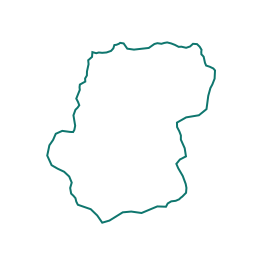 the border of Eskisehir, rotated 284°
{"feature_id": "TUR-2269", "entity_name": "Eskisehir", "entity_type": "Province", "adm_level": 1, "iso_a3": "TUR", "parent_name": "Turkey", "parent_adm1": "", "projection": "orthographic", "projection_center": [31.246, 39.627], "detail": "fine", "context": "isolated", "style": "outline", "palette": "teal", "viewbox_px": 256, "rotation_deg": 284, "n_neighbors": 0, "source": "natural_earth", "source_scale": "10m", "svg_char_len": 1440}
<svg xmlns="http://www.w3.org/2000/svg" viewBox="0 0 256 256"><g transform="rotate(284 128 128)"><path d="M92.2,55.9L98.3,58.2L104.9,59.3L109.3,64.9L110.2,72.9L110.8,75.7L113.2,76.4L117.4,76.2L127.1,72.0L133.0,72.6L135.6,74.2L138.3,75.2L141.2,73.2L144.0,70.7L153.3,72.0L155.9,71.1L158.5,70.8L162.7,75.3L165.7,74.4L169.0,75.4L173.0,74.5L180.4,74.3L184.1,73.0L188.3,75.9L193.0,75.1L192.9,79.1L194.2,81.4L194.7,84.8L196.1,88.9L198.7,92.9L201.7,94.5L205.2,94.7L205.9,96.6L207.5,98.8L208.7,99.8L209.0,103.3L204.8,108.1L205.5,114.8L210.7,128.8L215.9,133.3L217.4,136.0L217.8,140.1L219.3,142.6L220.5,145.3L220.5,149.4L220.0,153.4L219.0,157.5L219.5,159.2L219.8,159.9L219.9,165.0L222.1,168.5L225.4,170.7L226.1,174.7L224.2,177.9L221.7,180.4L219.5,180.7L217.2,181.4L216.4,182.8L215.4,184.2L209.9,186.9L207.5,188.7L207.2,192.6L206.4,196.4L204.9,198.5L196.8,200.1L190.6,199.3L186.7,198.3L178.6,198.1L165.3,199.6L157.5,193.7L152.4,181.9L145.1,174.2L140.8,175.4L137.2,178.6L133.6,181.1L129.5,182.1L122.1,187.9L114.5,191.1L110.0,186.0L104.9,183.6L101.2,186.4L94.6,192.8L87.7,197.5L84.0,199.2L79.2,200.0L74.6,197.3L73.0,196.0L71.2,194.9L68.9,191.9L67.3,187.7L64.4,184.8L60.8,183.9L59.0,175.4L48.8,161.7L47.7,151.3L44.9,143.3L33.7,132.4L29.9,125.9L35.7,119.3L40.2,111.5L41.4,97.9L44.1,95.6L47.2,94.0L49.0,91.5L50.6,88.7L55.8,86.4L61.4,86.6L66.7,82.7L70.1,76.6L71.5,69.6L73.4,62.9L81.7,56.3L92.2,55.9Z" fill="none" stroke="#0f766e" stroke-width="2"/></g></svg>